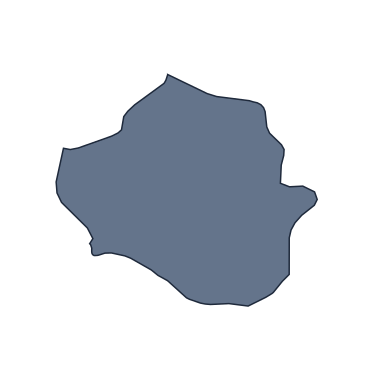 an SVG outline of Vayots Dzor, rotated 219°
{"feature_id": "ARM-1733", "entity_name": "Vayots Dzor", "entity_type": "Province", "adm_level": 1, "iso_a3": "ARM", "parent_name": "Armenia", "parent_adm1": "", "projection": "natural_earth1", "projection_center": [45.445, 39.743], "detail": "fine", "context": "isolated", "style": "filled", "palette": "slate", "viewbox_px": 384, "rotation_deg": 219, "n_neighbors": 0, "source": "natural_earth", "source_scale": "10m", "svg_char_len": 1065}
<svg xmlns="http://www.w3.org/2000/svg" viewBox="0 0 384 384"><g transform="rotate(219 192 192)"><path d="M239.0,87.4L239.7,93.4L250.7,98.2L286.8,101.8L296.3,106.3L303.9,114.3L319.4,145.1L313.3,148.4L308.1,154.6L289.7,184.7L286.7,191.2L285.9,195.9L292.5,207.7L292.7,214.4L291.4,223.7L282.1,258.8L282.4,261.1L282.8,262.9L284.5,267.3L284.7,267.9L284.8,268.0L242.2,278.0L232.9,281.7L205.0,299.0L201.3,300.5L197.4,302.4L193.4,303.2L189.5,302.6L185.8,300.5L185.7,300.4L174.8,289.6L168.7,286.5L152.2,285.0L147.2,283.0L143.7,278.1L139.6,269.1L130.9,257.3L128.8,254.4L119.5,257.4L109.6,266.3L96.8,269.2L90.0,265.0L88.6,258.7L92.1,243.0L92.6,232.9L91.1,224.8L87.6,217.6L64.6,189.1L65.6,179.6L65.6,165.2L65.9,163.6L68.4,156.6L76.6,138.7L93.1,128.5L106.9,116.2L111.2,113.3L115.5,111.0L126.5,107.0L129.7,106.3L155.2,107.7L165.9,105.8L174.6,105.8L198.2,101.9L204.0,100.1L216.3,93.9L221.2,89.7L224.8,84.2L225.9,82.9L228.1,81.0L229.6,80.8L230.9,81.2L232.0,82.1L232.8,83.0L234.6,85.3L237.7,87.3L239.0,87.4L239.0,87.4Z" fill="#64748b" stroke="#1e293b" stroke-width="1.5"/></g></svg>